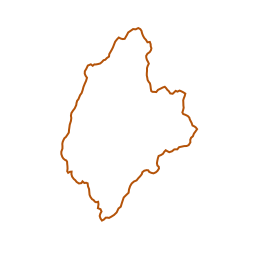 Passa Tempo, Minas Gerais, Brazil (Equal Earth projection), rotated 25°
{"feature_id": "56859067B23449152491676", "entity_name": "Passa Tempo", "entity_type": "district", "adm_level": 2, "iso_a3": "BRA", "parent_name": "Brazil", "parent_adm1": "Minas Gerais", "projection": "equal_earth", "projection_center": [-44.486, -20.65], "detail": "fine", "context": "isolated", "style": "outline", "palette": "amber", "viewbox_px": 256, "rotation_deg": 25, "n_neighbors": 0, "source": "geoboundaries", "source_scale": "gbopen_adm2", "svg_char_len": 2809}
<svg xmlns="http://www.w3.org/2000/svg" viewBox="0 0 256 256"><g transform="rotate(25 128 128)"><path d="M70.4,124.8L70.8,127.2L71.4,129.1L71.4,132.8L70.8,135.5L70.4,138.4L71.1,141.0L72.4,142.9L73.3,145.8L73.8,149.6L74.7,152.5L75.3,154.5L76.3,157.2L75.9,160.0L75.5,162.4L74.7,164.1L74.6,166.1L74.7,168.3L75.2,170.2L76.2,172.0L77.3,174.4L77.6,177.7L78.6,179.8L80.6,181.9L82.3,183.0L84.2,183.5L85.8,183.5L87.1,184.4L88.1,186.3L89.2,188.1L90.4,190.4L91.2,192.9L92.7,193.9L93.9,192.2L95.3,191.4L96.2,193.7L97.9,195.7L100.4,197.1L102.3,197.6L104.2,198.6L107.0,199.0L109.1,197.6L109.3,195.6L111.7,196.3L113.2,195.3L114.8,195.2L116.4,197.8L118.5,199.8L120.0,202.4L121.4,204.8L123.2,206.4L125.5,207.7L127.4,207.9L128.9,208.7L130.4,208.8L132.1,207.5L133.5,209.6L134.6,213.4L137.4,213.2L139.3,214.9L139.1,217.2L139.5,219.7L141.3,221.6L143.5,222.9L144.8,221.2L145.7,218.7L147.3,217.9L148.8,217.5L150.3,215.5L152.1,212.7L153.4,209.3L153.4,205.0L154.7,202.4L154.2,199.0L153.8,195.6L153.5,192.8L154.5,190.0L155.9,186.4L154.9,183.3L154.5,179.7L154.8,176.7L156.0,174.0L157.9,171.9L158.6,169.0L159.4,166.7L160.0,164.1L159.7,162.0L160.8,159.8L162.7,158.3L164.3,157.8L165.7,158.8L168.1,158.8L170.3,158.3L171.9,156.5L172.8,154.5L173.2,151.7L172.2,150.1L170.5,149.6L169.1,147.7L168.4,145.2L167.8,142.4L167.6,140.4L169.3,138.6L170.6,136.6L170.9,134.3L171.6,132.2L173.2,132.4L175.6,132.5L177.7,130.5L179.0,127.8L181.7,126.5L182.4,123.8L184.4,122.3L186.5,120.7L188.8,119.5L190.2,117.9L190.6,114.7L189.4,112.3L189.3,110.1L190.3,108.1L190.1,105.2L190.6,102.8L191.1,99.8L189.1,98.8L187.5,98.5L185.4,98.5L183.6,96.6L181.8,95.2L180.3,94.0L179.2,92.7L177.2,91.9L174.5,91.8L172.1,92.0L170.7,90.9L170.4,88.6L169.9,86.1L168.7,84.2L167.6,82.0L166.3,79.5L166.0,77.3L165.9,75.1L165.4,72.6L163.0,72.3L160.7,72.2L158.9,72.3L157.5,74.1L155.5,74.2L154.8,76.1L154.0,78.1L151.7,78.8L149.3,77.3L147.5,76.8L145.8,75.8L143.9,75.1L142.4,76.6L141.0,78.4L139.1,80.7L138.4,83.5L136.7,84.1L134.8,84.9L133.4,84.6L132.1,82.8L131.0,81.0L130.0,79.5L128.9,78.2L127.2,77.4L125.4,76.1L124.3,74.4L122.8,72.4L121.9,70.4L121.1,68.2L119.9,65.7L119.6,63.2L119.7,60.9L118.1,59.5L116.3,58.2L114.9,56.6L114.0,55.0L114.2,52.5L115.6,50.0L115.9,47.8L115.5,45.8L114.1,44.4L113.1,42.5L111.4,40.8L109.4,42.1L107.0,40.5L104.8,39.6L102.7,38.1L100.8,36.3L99.2,34.3L97.4,33.2L95.0,33.1L93.3,35.3L90.8,36.2L89.2,39.0L87.8,41.3L87.7,44.2L87.5,46.5L87.3,48.6L85.7,49.6L83.7,50.0L81.4,49.9L80.6,52.2L79.9,55.2L80.1,58.5L80.3,61.4L80.2,64.0L80.0,66.6L79.8,68.9L80.6,71.3L79.2,73.7L78.6,75.7L77.2,76.9L76.4,79.4L75.5,81.3L73.7,82.8L72.0,84.0L70.6,84.6L69.7,86.5L67.4,86.0L65.2,88.4L65.2,91.9L64.9,94.8L65.8,97.0L67.4,98.5L69.6,99.8L70.1,103.2L70.1,106.1L70.3,109.6L70.9,113.0L71.2,116.0L70.7,118.4L70.8,120.7L70.9,122.9L70.4,124.8Z" fill="none" stroke="#b45309" stroke-width="2"/></g></svg>